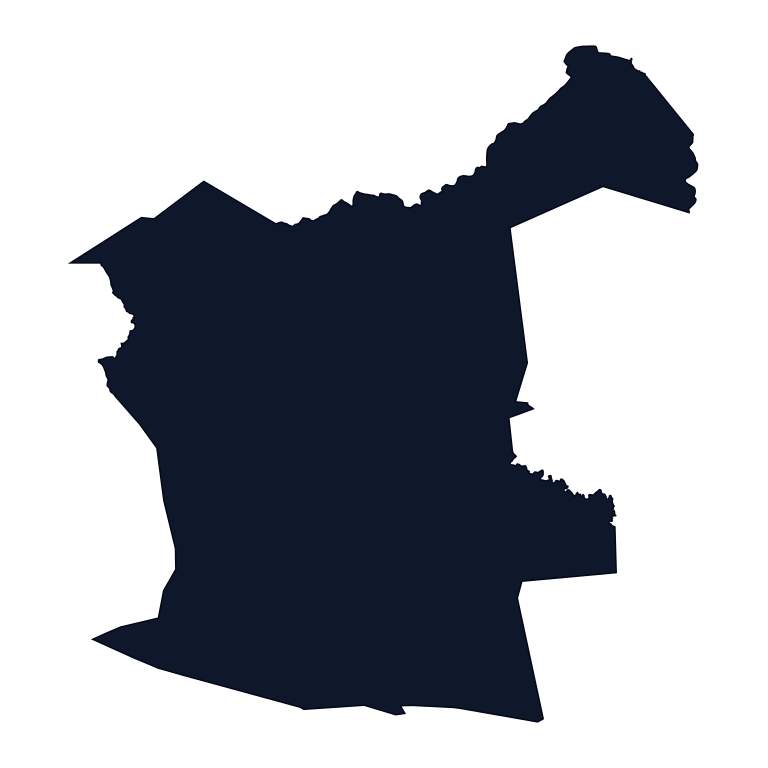 Gualaco, Olancho, Honduras (Mercator projection)
{"feature_id": "27666195B37652459733493", "entity_name": "Gualaco", "entity_type": "district", "adm_level": 2, "iso_a3": "HND", "parent_name": "Honduras", "parent_adm1": "Olancho", "projection": "mercator", "projection_center": [-86.008, 15.224], "detail": "fine", "context": "isolated", "style": "filled", "palette": "ink", "viewbox_px": 768, "rotation_deg": 0, "n_neighbors": 0, "source": "geoboundaries", "source_scale": "gbopen_adm2", "svg_char_len": 6074}
<svg xmlns="http://www.w3.org/2000/svg" viewBox="0 0 768 768"><path d="M203.8,181.4L154.0,218.9L141.4,217.6L70.4,262.9L100.2,262.9L100.7,263.1L101.5,265.6L103.2,266.5L107.1,273.2L109.5,276.7L110.8,281.3L111.1,284.8L113.5,290.6L112.8,292.7L114.9,295.0L116.4,295.9L117.9,297.6L121.1,298.9L122.6,301.8L124.3,304.2L124.3,307.1L125.6,308.5L126.6,311.2L128.4,312.1L129.8,313.3L133.1,314.1L134.6,316.4L134.5,316.9L133.3,317.5L133.0,319.4L131.6,320.5L131.3,321.9L131.8,322.7L133.4,322.4L134.0,323.4L135.1,324.2L135.1,325.9L135.4,327.0L133.8,329.8L132.3,330.7L130.2,331.0L129.8,334.3L128.2,337.0L128.4,339.0L127.9,340.0L124.1,343.2L121.3,343.5L121.9,345.8L121.8,347.2L121.4,347.7L119.0,348.7L118.6,349.1L118.2,350.4L117.1,351.8L117.1,354.9L115.7,357.6L115.1,358.3L114.5,358.5L113.9,358.2L113.0,357.1L112.3,356.8L106.6,357.3L102.8,359.0L98.8,359.8L98.4,361.7L98.7,362.2L99.8,362.7L102.1,364.6L103.6,366.9L105.6,372.1L106.3,375.8L108.2,379.3L107.2,384.5L107.3,386.0L109.2,387.7L110.1,389.8L110.1,390.7L110.6,391.7L114.4,394.7L114.7,395.6L139.7,424.2L156.9,448.0L163.8,500.3L175.5,548.6L175.8,569.4L163.7,590.5L158.4,618.1L120.7,627.0L106.2,633.2L92.7,639.3L134.3,658.1L158.5,668.2L184.9,675.7L300.2,707.2L303.8,709.3L364.2,705.2L395.6,714.7L404.8,713.4L400.4,705.7L412.9,705.4L453.1,707.4L459.6,708.2L537.7,721.9L543.2,718.8L517.3,598.1L521.9,581.2L616.2,572.6L614.9,526.9L612.1,525.8L611.0,524.2L609.3,523.2L608.8,522.0L609.2,521.1L611.5,521.3L612.3,520.9L611.7,519.5L612.4,518.6L611.6,517.5L611.7,516.8L613.0,516.3L613.7,515.6L615.3,515.8L615.7,515.6L615.4,515.1L614.4,514.5L614.7,513.6L614.5,511.7L614.1,510.8L613.8,510.6L612.7,511.0L613.3,507.2L614.2,506.1L613.0,504.5L612.1,501.2L612.7,498.9L611.3,497.2L610.8,495.6L609.7,495.6L608.8,498.4L607.8,499.3L606.8,499.4L606.5,499.0L605.9,496.6L605.0,494.6L604.4,494.2L602.9,494.0L601.9,493.6L601.2,492.4L601.1,490.7L600.3,489.7L599.6,489.6L599.0,490.0L597.4,491.6L595.6,492.8L593.7,494.9L592.1,495.0L590.0,494.6L589.1,494.9L588.8,495.4L589.2,497.3L589.0,498.1L587.9,499.0L586.1,499.4L584.1,497.8L583.8,495.4L583.3,494.7L582.6,494.8L582.0,496.0L581.3,496.3L580.4,495.5L580.4,494.4L578.4,494.4L577.5,492.6L576.4,493.6L575.6,495.9L575.1,496.2L572.9,494.6L571.8,492.7L568.6,489.8L567.4,490.0L566.6,491.6L566.1,492.0L565.4,492.1L564.6,491.6L563.7,490.4L563.9,489.2L567.4,487.9L568.0,486.4L567.7,486.1L566.8,486.0L566.1,485.6L563.9,480.9L562.3,479.4L561.4,479.1L560.8,479.3L559.9,481.7L557.5,480.6L556.3,480.6L555.7,481.0L554.3,482.9L553.7,483.1L552.5,483.0L552.1,482.5L552.0,480.2L551.1,477.8L551.1,476.2L550.8,475.8L550.0,475.6L549.1,475.8L548.6,476.3L549.5,478.7L549.3,479.6L548.9,480.1L545.5,481.0L543.1,480.2L541.4,480.0L540.4,479.5L540.2,478.8L540.5,478.1L542.5,476.0L543.0,475.1L543.2,472.0L542.9,470.7L542.5,470.2L541.6,470.4L538.1,472.6L535.0,472.0L532.8,474.0L531.9,474.4L531.0,473.8L528.9,473.4L528.8,473.0L529.2,471.5L526.8,470.0L526.4,467.5L525.5,465.9L523.9,465.9L521.5,466.4L519.2,464.5L517.5,464.0L516.9,464.2L515.8,465.9L515.3,466.2L513.6,465.0L511.2,465.0L510.1,464.0L510.0,463.2L510.2,462.3L512.0,461.0L513.4,458.7L515.6,457.1L516.2,456.3L513.2,453.3L512.4,450.9L508.8,417.7L533.3,408.8L532.0,407.7L529.4,406.1L527.8,404.7L527.5,404.0L527.6,403.0L515.4,401.8L527.3,362.9L509.9,227.7L603.0,186.4L689.1,212.6L689.2,212.0L688.6,209.8L688.7,209.0L694.4,203.4L695.4,201.8L695.9,199.9L695.7,198.7L694.4,197.4L693.9,196.5L695.0,193.3L695.2,191.6L695.1,189.8L694.5,188.1L693.8,187.4L687.7,184.0L685.6,182.2L685.0,180.7L685.2,179.6L685.7,178.7L689.0,177.0L692.7,174.1L695.9,171.2L696.7,170.2L697.0,169.3L697.6,165.7L697.4,163.6L695.5,161.0L695.1,157.9L692.9,153.0L689.5,149.0L688.7,147.2L689.1,146.2L691.2,144.2L692.6,142.4L692.9,135.9L693.4,134.6L647.0,77.4L646.7,76.7L645.4,76.0L644.9,73.6L643.6,73.6L641.9,72.3L640.3,72.8L639.7,71.0L638.6,71.2L637.6,70.8L634.2,68.7L633.3,66.7L631.1,63.3L631.1,61.3L631.8,59.4L631.6,58.6L631.4,58.5L630.2,60.3L628.8,60.5L618.2,57.2L611.2,56.1L610.5,55.7L609.7,54.1L608.7,53.6L604.8,53.2L598.7,52.9L597.7,52.1L596.2,47.1L595.2,46.3L592.9,46.1L582.1,46.4L574.8,47.7L568.7,52.6L567.1,54.3L566.5,55.4L564.2,61.5L564.4,62.0L566.7,64.8L568.0,65.6L568.3,66.0L567.1,69.0L566.4,72.7L568.8,74.8L570.0,75.5L571.4,77.1L571.0,78.0L566.3,83.9L564.9,85.4L560.7,88.5L558.7,90.9L554.5,94.8L549.6,98.6L545.9,103.4L543.2,105.2L540.6,106.4L537.9,110.1L535.3,111.4L532.7,113.2L530.7,115.5L527.8,119.5L525.7,120.6L523.0,123.3L520.3,124.2L514.6,122.8L508.6,123.7L508.1,124.4L506.1,128.4L504.4,130.5L499.2,133.7L497.5,135.0L496.8,136.2L496.0,140.1L494.6,142.7L493.9,143.4L491.6,144.2L490.5,145.1L488.6,147.2L487.5,149.3L487.0,152.8L486.7,158.8L487.0,164.7L486.8,165.8L486.3,166.7L485.3,167.1L481.8,166.3L481.2,166.6L480.0,167.8L478.0,167.4L476.8,167.7L475.9,168.8L475.0,172.3L474.2,174.1L473.4,175.3L472.2,176.0L469.1,176.5L463.6,175.7L460.7,176.4L459.4,177.0L458.0,178.4L456.9,182.3L455.6,184.5L454.9,185.3L452.4,186.0L448.8,185.4L446.6,184.6L445.9,184.7L442.5,187.2L442.0,188.1L441.8,189.3L442.6,191.5L440.7,192.1L438.4,194.0L437.4,194.2L435.6,193.6L432.2,191.9L430.1,190.5L429.2,190.2L428.0,190.4L425.1,192.6L423.3,193.1L421.7,193.8L420.6,194.9L420.1,196.6L420.5,198.5L421.3,199.9L421.6,201.1L421.4,204.4L421.1,205.3L420.7,205.7L419.8,205.5L417.6,204.3L416.5,204.1L414.7,204.7L411.8,207.0L410.2,207.9L405.0,207.2L403.5,205.9L402.6,201.7L401.7,200.3L399.3,198.7L396.7,196.1L394.9,195.4L389.3,193.9L384.4,194.2L382.8,193.9L381.0,193.2L380.1,193.8L379.3,196.7L378.3,197.3L376.2,196.6L373.6,195.3L370.9,195.2L367.8,194.5L364.7,194.2L359.3,192.7L358.0,191.8L357.3,191.6L356.5,192.2L356.0,193.5L354.1,196.1L353.2,200.3L353.2,204.2L352.8,206.2L352.6,206.6L351.8,206.5L346.9,203.2L343.5,201.4L342.1,200.0L341.0,199.9L339.4,201.6L336.5,204.0L333.3,205.6L331.4,208.4L329.4,211.9L327.0,214.5L323.9,215.3L322.3,216.0L320.1,216.6L318.2,218.6L316.1,219.4L313.6,221.0L311.4,220.7L309.5,219.1L308.7,218.8L303.1,217.9L300.5,221.7L298.8,223.4L297.1,224.2L295.0,224.5L293.5,226.1L292.6,226.5L288.8,225.2L286.5,223.7L284.5,223.4L281.8,222.2L280.2,222.4L275.8,223.9L203.8,181.4Z" fill="#0f172a" stroke="#020617" stroke-width="1.5"/></svg>